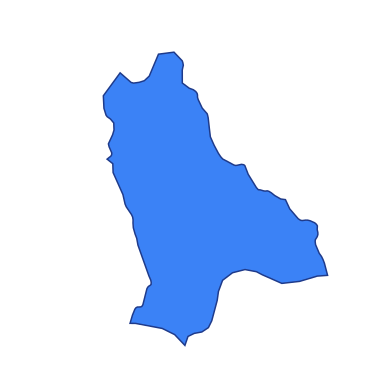 the District of Lhuntshi, rotated 159°
{"feature_id": "BTN-2483", "entity_name": "Lhuntshi", "entity_type": "District", "adm_level": 1, "iso_a3": "BTN", "parent_name": "Bhutan", "parent_adm1": "", "projection": "equal_earth", "projection_center": [91.057, 27.736], "detail": "fine", "context": "isolated", "style": "filled", "palette": "blue", "viewbox_px": 384, "rotation_deg": 159, "n_neighbors": 0, "source": "natural_earth", "source_scale": "10m", "svg_char_len": 1756}
<svg xmlns="http://www.w3.org/2000/svg" viewBox="0 0 384 384"><g transform="rotate(159 192 192)"><path d="M95.3,65.6L105.2,68.6L123.6,70.0L140.9,74.5L156.0,89.5L160.4,94.5L170.3,100.6L183.1,102.1L195.1,98.6L203.1,89.5L203.1,89.4L207.3,81.8L219.7,64.7L225.3,59.5L233.0,57.8L240.5,59.2L247.5,58.6L253.6,51.3L259.3,65.1L268.7,75.3L291.7,89.5L296.9,91.6L291.7,98.4L287.3,103.1L285.8,104.0L284.3,104.2L281.4,103.2L280.0,103.1L278.3,104.3L268.8,117.8L267.4,119.0L266.0,119.6L264.7,119.8L263.4,120.3L262.5,122.2L262.1,124.4L262.3,129.1L261.5,161.8L260.2,168.6L260.2,173.0L259.6,179.6L258.2,184.2L257.0,187.1L256.4,189.9L256.6,192.7L258.7,201.8L258.8,204.8L257.4,214.4L258.7,238.4L255.8,246.8L259.5,253.1L256.5,254.1L255.2,254.4L253.8,255.4L252.9,257.2L253.2,263.8L252.8,266.9L245.6,273.9L242.6,277.8L240.3,284.5L242.0,289.4L244.2,292.7L244.7,294.6L244.2,301.7L240.3,313.6L216.4,329.0L209.6,316.1L207.5,314.6L201.9,313.3L196.7,313.0L190.4,315.5L173.9,332.7L158.7,329.0L154.1,317.9L154.2,316.0L154.7,313.4L156.0,311.5L157.4,309.3L162.0,297.2L157.4,289.9L154.1,287.0L152.5,284.5L151.9,282.3L152.1,280.6L152.9,278.5L153.1,276.1L152.4,266.7L149.8,259.6L149.9,258.2L150.3,255.5L153.0,245.2L155.1,236.9L154.6,227.7L153.5,218.7L152.6,214.7L151.5,211.8L143.2,202.2L141.9,201.2L140.5,200.8L135.9,200.1L133.9,198.9L133.2,197.7L133.2,188.4L130.3,173.0L129.3,170.4L127.5,169.5L124.6,167.3L123.3,166.6L121.3,166.1L120.0,165.1L118.3,162.9L116.0,159.0L111.7,153.7L107.5,151.4L106.8,141.2L102.4,128.9L100.7,126.6L99.2,125.8L95.9,125.0L94.0,124.2L92.0,122.8L88.5,119.3L87.4,117.2L87.1,115.4L88.6,112.0L89.0,109.2L89.7,107.2L91.1,105.4L94.0,103.2L94.8,101.5L95.5,98.6L95.2,89.2L94.2,85.3L93.9,82.1L93.9,78.1L95.3,65.6Z" fill="#3b82f6" stroke="#1e3a8a" stroke-width="1.5"/></g></svg>